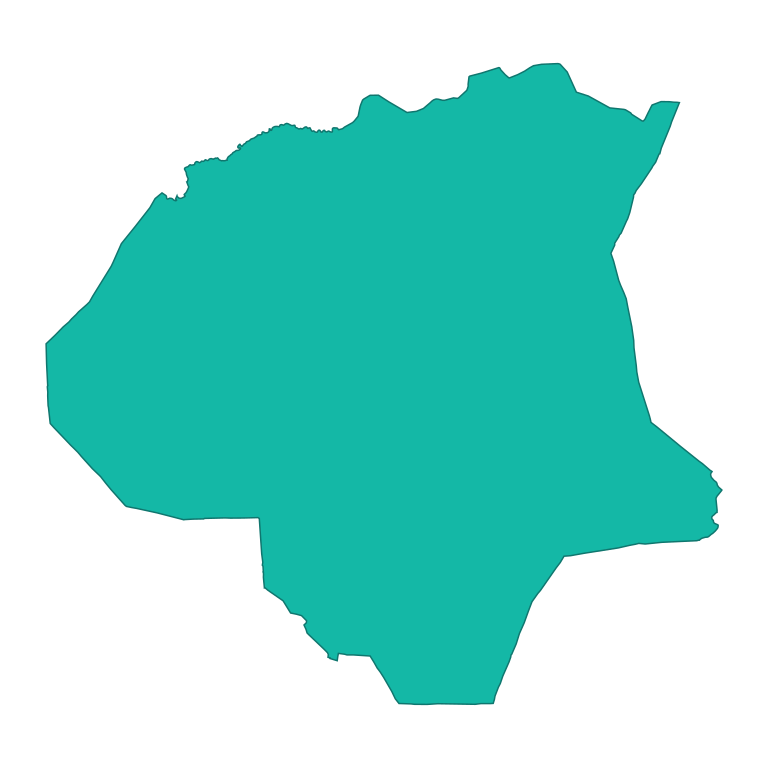 outline of Riebiņu pag., Riebinu, Latvia
{"feature_id": "27541924B17369657995455", "entity_name": "Riebiņu pag.", "entity_type": "district", "adm_level": 2, "iso_a3": "LVA", "parent_name": "Latvia", "parent_adm1": "Riebinu", "projection": "mercator", "projection_center": [26.752, 56.344], "detail": "fine", "context": "isolated", "style": "filled", "palette": "teal", "viewbox_px": 768, "rotation_deg": 0, "n_neighbors": 0, "source": "geoboundaries", "source_scale": "gbopen_adm2", "svg_char_len": 6044}
<svg xmlns="http://www.w3.org/2000/svg" viewBox="0 0 768 768"><path d="M46.1,343.8L46.6,363.7L47.6,383.9L47.7,385.3L47.8,385.7L47.6,385.8L47.3,386.8L47.8,392.2L47.7,395.9L48.1,405.7L48.5,407.7L50.2,423.3L50.3,423.6L54.2,427.9L70.5,445.0L77.8,452.2L81.4,456.5L92.4,468.7L100.6,476.6L105.6,483.0L111.2,489.8L125.1,505.4L126.4,506.4L131.5,507.5L136.6,508.4L157.2,512.9L183.9,519.8L184.2,519.6L193.3,519.1L203.8,518.9L204.4,518.4L225.2,517.9L230.5,518.1L243.1,518.0L258.0,517.6L259.3,518.5L261.7,553.8L262.8,562.4L262.3,565.2L263.0,566.2L263.3,571.2L263.3,571.4L263.0,571.9L263.4,572.2L263.5,574.6L263.4,577.3L264.4,587.9L264.9,587.7L268.1,590.4L283.1,600.8L290.6,613.0L296.4,614.2L301.5,615.6L306.6,620.8L306.3,622.8L304.0,625.0L306.1,629.6L306.8,632.1L307.3,633.3L323.0,648.2L327.5,652.7L328.3,654.5L328.0,657.3L330.1,657.9L330.0,658.5L337.2,660.7L337.8,656.4L338.4,653.4L344.5,654.2L346.9,654.9L353.0,654.9L370.1,656.0L373.7,661.8L377.3,668.2L380.0,671.7L383.6,677.3L391.8,691.5L395.3,698.8L399.0,703.5L410.9,703.9L414.5,704.3L427.0,704.4L437.9,703.7L475.2,704.3L480.8,703.6L489.8,703.6L493.2,703.4L494.4,699.5L495.0,696.1L498.4,687.2L500.3,683.5L502.8,676.1L509.0,662.0L510.7,657.2L511.0,655.0L511.7,654.3L516.2,643.9L519.4,633.6L524.2,622.8L528.4,611.1L532.0,601.7L537.8,593.5L540.4,590.5L556.2,567.8L560.2,562.6L564.0,556.2L570.5,555.7L584.5,553.2L618.4,547.9L629.8,545.3L635.1,544.3L638.8,543.4L645.2,544.0L661.9,542.3L696.8,540.7L699.0,540.1L699.5,540.2L699.9,539.6L701.8,538.3L705.2,537.3L707.5,537.1L708.6,536.6L711.5,534.1L712.6,533.5L715.3,531.0L717.4,528.5L717.9,527.5L718.2,525.8L718.1,525.1L717.8,524.8L714.4,523.3L713.6,522.2L713.3,520.4L711.9,518.9L711.8,517.3L711.8,516.9L712.6,515.9L713.9,514.9L715.7,513.1L716.5,512.5L717.0,512.4L716.9,512.0L717.1,511.3L717.1,510.3L716.0,499.3L716.1,497.9L717.1,496.1L721.8,490.3L721.9,490.0L718.6,487.1L717.3,485.1L717.0,483.6L716.4,482.3L713.6,480.0L712.4,478.5L711.5,477.6L711.0,476.5L710.6,474.6L710.9,473.2L712.1,471.6L711.9,471.4L710.0,470.2L702.5,463.7L698.9,461.1L680.4,446.3L657.1,427.1L651.0,422.4L650.3,419.2L649.4,415.8L638.7,382.2L636.8,371.9L636.3,365.9L634.0,347.9L633.7,340.3L631.9,327.7L631.9,327.3L627.8,307.2L626.2,298.7L623.8,292.6L620.6,285.3L618.7,280.3L613.6,261.1L610.9,253.3L614.7,245.1L614.7,243.2L618.8,236.7L619.5,234.9L621.1,233.2L626.5,221.0L627.6,218.9L629.8,212.5L633.5,197.2L633.7,194.7L634.8,193.5L636.2,190.5L641.3,183.8L648.1,173.6L651.9,167.9L652.6,166.4L655.6,162.3L659.0,154.1L659.8,153.8L661.3,148.1L670.2,126.3L671.6,121.9L679.4,102.6L677.1,102.3L673.9,102.2L669.2,101.7L661.1,101.6L652.1,105.0L650.8,107.4L649.5,110.1L648.3,112.4L645.0,119.2L643.5,120.9L643.0,121.1L641.9,120.8L631.7,114.3L630.7,112.9L625.5,109.8L624.0,109.4L609.8,107.9L588.3,96.0L576.4,92.2L567.2,72.0L560.2,64.3L559.0,63.8L557.9,63.6L541.6,64.3L533.5,65.7L529.7,67.8L524.7,71.1L517.6,74.7L509.5,77.9L508.8,77.8L505.2,74.7L500.8,69.9L499.9,68.2L499.3,67.7L498.8,67.6L481.4,73.1L469.8,76.1L469.0,76.8L468.1,84.2L468.2,86.2L467.0,89.9L466.5,90.6L458.7,97.8L457.5,98.4L453.5,97.9L444.7,100.3L442.6,100.3L438.3,99.2L436.2,99.0L435.4,99.2L433.6,99.9L432.0,101.0L430.1,102.8L423.4,108.5L416.5,111.3L407.0,112.5L388.9,101.9L378.5,95.2L370.2,95.3L369.7,95.5L363.7,99.1L362.6,100.1L360.7,104.8L360.0,107.1L358.4,115.0L358.1,116.3L354.3,121.0L352.6,122.6L344.5,127.1L342.8,128.5L341.9,128.9L338.8,129.7L338.4,129.6L337.6,128.4L337.0,128.0L333.8,127.8L333.1,128.0L332.5,128.6L332.4,129.1L332.4,131.6L331.9,132.1L330.3,131.9L328.9,131.1L328.2,131.1L326.9,131.9L326.3,131.9L325.2,131.4L324.6,130.4L324.3,130.3L323.4,130.5L321.9,132.2L321.1,132.1L319.8,130.3L319.0,130.1L318.1,130.7L317.4,132.0L316.7,132.3L315.0,131.9L314.1,131.1L313.5,130.9L312.3,131.3L312.1,131.2L311.7,130.9L310.5,129.0L310.3,128.3L310.0,127.9L309.0,127.9L308.0,128.4L307.7,128.4L306.6,127.0L305.9,126.9L305.0,127.1L302.4,128.9L301.8,128.9L300.7,128.4L299.1,129.0L298.6,128.9L296.8,127.8L295.7,127.5L295.3,127.0L295.0,125.7L294.7,125.3L293.9,125.3L292.4,125.6L291.2,125.4L288.2,123.8L286.8,123.4L285.3,123.9L283.6,125.2L281.6,124.6L280.5,124.8L279.9,125.2L279.5,126.4L279.3,126.7L276.9,126.4L275.0,126.5L273.3,127.2L272.4,128.0L272.0,128.7L271.7,130.0L271.4,130.3L270.6,130.3L269.9,128.8L269.3,128.9L269.1,130.9L268.9,131.5L268.5,132.0L267.3,132.7L265.3,132.9L263.4,132.0L262.8,131.9L262.3,132.2L262.0,132.7L262.0,133.6L261.7,134.3L260.8,134.8L258.0,134.9L257.3,135.3L256.8,136.3L255.7,136.9L254.2,138.0L251.0,139.1L249.2,140.8L246.5,141.8L245.5,143.3L243.7,144.3L242.2,146.3L241.6,146.3L241.4,145.9L240.4,145.2L240.1,144.4L239.7,144.3L239.0,144.9L238.3,145.7L237.8,146.7L237.8,147.2L238.1,147.8L238.6,148.1L239.8,147.8L240.2,148.0L240.5,148.6L240.3,149.1L238.6,150.3L236.2,150.5L235.1,151.4L233.2,152.5L232.8,152.8L232.2,153.8L230.6,154.9L229.9,155.7L228.6,156.5L228.0,157.2L227.1,158.9L227.1,160.2L226.1,160.2L225.7,160.5L224.0,160.8L222.8,160.6L221.6,160.8L219.4,159.9L219.0,159.6L218.2,158.4L217.4,157.9L216.4,158.3L215.3,158.1L214.7,158.6L214.1,158.7L213.3,159.2L211.4,158.6L210.4,158.7L209.5,159.0L209.0,159.4L208.7,160.0L208.2,160.4L207.3,160.6L205.6,159.8L205.2,159.8L204.9,160.3L203.6,161.3L203.2,161.4L201.7,161.1L200.1,162.5L199.6,162.7L197.9,161.9L196.8,161.6L195.9,161.9L194.9,163.0L194.6,164.4L194.1,164.7L191.6,165.2L190.4,164.8L189.6,165.0L188.0,166.7L186.3,167.2L185.0,167.9L184.7,168.2L184.5,169.0L184.7,169.5L186.1,172.2L186.4,173.2L186.3,173.7L186.7,175.2L187.6,177.6L188.2,178.6L187.9,179.8L187.2,182.0L186.8,182.0L188.1,185.6L188.7,186.6L188.5,187.7L187.0,191.0L186.1,192.6L184.2,194.5L184.3,195.0L185.1,196.1L184.8,196.6L181.6,198.2L180.8,198.4L178.9,198.1L177.2,196.5L177.0,195.8L175.6,199.0L176.3,199.7L176.6,200.1L176.0,200.7L175.3,200.7L173.8,200.1L172.4,198.8L171.5,198.4L169.7,198.2L167.7,199.1L167.1,198.9L166.7,198.5L166.4,196.2L165.9,195.5L162.0,192.9L155.1,198.6L149.9,207.7L135.2,226.5L121.4,243.6L113.1,262.3L111.2,266.3L92.7,296.2L89.5,301.9L86.9,304.5L78.6,311.8L76.0,314.7L71.6,318.9L68.8,322.1L63.3,326.8L54.8,335.5L46.1,343.8Z" fill="#14b8a6" stroke="#0f766e" stroke-width="1.5"/></svg>